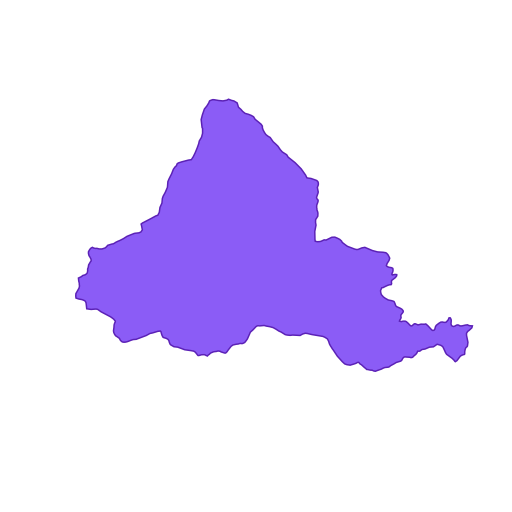 Jangchhubling, Samdrup Jongkhar, Bhutan, rotated 252°
{"feature_id": "84629894B32677413197834", "entity_name": "Jangchhubling", "entity_type": "district", "adm_level": 2, "iso_a3": "BTN", "parent_name": "Bhutan", "parent_adm1": "Samdrup Jongkhar", "projection": "orthographic", "projection_center": [91.465, 26.935], "detail": "fine", "context": "isolated", "style": "filled", "palette": "violet", "viewbox_px": 512, "rotation_deg": 252, "n_neighbors": 0, "source": "geoboundaries", "source_scale": "gbopen_adm2", "svg_char_len": 6111}
<svg xmlns="http://www.w3.org/2000/svg" viewBox="0 0 512 512"><g transform="rotate(252 256 256)"><path d="M121.0,439.1L122.7,440.2L123.6,437.8L124.2,436.9L125.2,435.9L125.6,433.7L125.9,430.2L126.5,428.4L127.7,427.3L128.1,426.7L128.3,425.4L127.9,423.5L127.9,422.2L128.6,421.0L129.9,420.4L131.3,420.5L133.4,421.4L134.8,421.9L136.6,421.8L137.3,421.5L137.5,420.4L136.0,419.2L134.4,416.6L134.4,415.3L135.1,413.7L135.6,413.0L136.0,411.3L135.5,409.1L134.4,406.1L133.4,404.9L131.1,403.4L130.4,402.4L130.5,401.2L131.4,400.3L136.4,398.0L138.0,397.1L138.9,396.5L139.1,394.9L140.2,391.9L140.4,388.8L142.2,386.7L142.6,385.6L141.4,382.7L141.6,381.8L143.0,380.8L144.7,380.1L147.1,378.7L147.9,377.8L148.6,375.8L148.7,373.9L149.1,373.3L149.7,372.3L150.5,372.8L151.7,374.3L152.7,375.0L154.3,375.2L155.4,375.9L156.6,377.8L157.4,378.8L158.6,379.0L160.3,378.3L161.7,377.1L164.5,374.0L165.7,373.5L167.6,373.5L169.7,373.3L170.3,373.0L171.6,371.2L173.3,368.2L175.8,365.9L177.7,364.5L180.5,363.3L182.2,363.3L184.5,363.7L186.9,365.7L186.7,367.2L187.0,368.9L187.4,372.2L187.4,373.9L187.0,375.7L187.7,376.4L189.3,376.7L190.8,377.4L192.4,381.9L193.7,383.7L194.8,384.1L195.5,382.6L195.7,381.4L195.8,379.9L196.3,379.5L197.4,380.0L198.7,381.2L200.3,382.0L201.9,382.3L202.9,381.5L204.3,378.8L205.6,377.4L206.5,377.0L208.4,378.4L210.6,381.1L212.6,382.5L214.2,382.3L216.5,381.9L218.0,381.2L219.0,380.5L220.3,378.0L222.3,372.9L225.2,368.4L230.6,362.2L231.0,359.1L230.7,355.1L231.1,353.6L232.0,352.1L236.9,346.0L238.9,344.5L242.3,342.2L243.7,342.0L245.9,340.8L247.8,338.9L249.6,336.8L250.4,333.9L249.5,327.6L250.3,325.8L249.9,322.5L250.0,321.2L250.6,318.8L251.7,316.9L253.6,317.2L261.2,319.5L266.8,322.6L269.5,323.0L272.1,323.9L274.8,327.1L277.5,328.1L278.8,328.3L281.2,328.2L281.9,328.5L283.5,328.7L285.6,329.5L288.3,331.6L289.2,332.1L290.1,332.3L291.4,331.7L292.4,331.6L293.2,331.8L296.9,334.6L297.9,335.0L302.2,335.5L304.2,337.1L305.0,337.5L306.1,337.8L307.3,337.9L308.9,337.2L309.6,336.4L312.8,332.2L313.9,329.8L314.7,328.5L317.5,328.2L324.9,325.9L332.7,322.0L340.1,317.1L342.8,316.5L346.8,313.2L349.5,312.0L353.6,310.8L355.9,309.6L359.4,307.6L364.3,306.1L366.5,304.2L368.5,302.9L370.9,302.2L373.7,301.7L375.9,301.7L377.6,302.2L379.7,301.6L386.3,297.4L389.2,296.7L391.2,294.9L393.1,292.6L395.0,289.7L397.6,288.0L400.2,286.9L402.9,285.3L407.4,285.4L410.3,282.9L411.5,280.9L413.6,278.3L413.2,276.4L413.7,272.5L415.4,268.6L417.6,264.4L418.1,262.9L418.0,260.7L417.9,259.9L417.5,259.4L416.4,258.6L414.0,255.8L411.7,252.3L406.8,248.6L402.7,246.0L394.8,244.4L393.8,244.6L389.2,243.1L385.8,240.9L382.9,237.6L380.5,236.2L377.0,233.5L372.9,230.0L369.8,227.0L367.6,224.3L368.1,221.3L368.5,214.4L368.5,210.8L368.0,209.4L366.5,208.3L365.7,206.5L364.0,204.2L360.2,201.1L356.3,197.2L354.0,195.2L348.7,193.0L344.6,189.4L341.5,186.1L339.6,184.7L335.4,182.9L331.9,179.7L327.4,177.5L325.1,175.2L325.1,173.2L323.8,166.2L322.5,158.3L321.9,156.6L320.1,156.5L316.0,156.0L314.4,153.9L314.2,151.8L315.0,148.0L315.1,147.1L314.6,139.8L314.5,139.1L313.5,135.4L312.8,131.1L312.7,129.2L312.3,126.4L311.9,125.4L311.7,123.9L311.9,122.8L312.0,118.3L310.9,116.5L310.3,115.0L310.3,111.6L311.2,109.0L312.3,107.3L312.6,106.6L312.8,105.7L313.7,104.1L314.8,103.1L314.5,101.5L313.8,100.2L312.8,99.0L311.7,97.9L310.0,97.4L307.9,97.3L306.0,97.8L303.9,98.1L302.4,97.8L301.6,96.7L299.3,94.1L297.0,92.9L295.6,91.8L294.4,91.5L292.9,90.8L291.9,90.1L291.4,89.3L290.9,87.5L291.0,85.3L290.3,83.4L289.9,80.3L287.1,79.7L284.7,79.5L283.4,79.1L282.2,78.9L281.3,78.5L280.1,77.7L275.9,73.1L273.6,72.2L271.6,71.8L269.9,74.1L268.2,77.2L266.4,79.3L265.4,79.7L264.2,79.9L262.9,79.7L258.1,78.7L256.7,81.5L256.1,82.8L255.3,86.3L254.9,87.7L254.1,89.0L250.8,91.4L243.2,98.8L241.6,100.0L240.0,101.1L237.8,102.0L237.0,101.9L235.7,100.7L234.2,99.7L232.1,98.9L228.8,97.3L227.1,97.1L225.4,97.3L224.2,97.6L223.1,98.1L222.5,98.7L220.1,100.5L219.1,100.8L218.4,100.8L217.3,101.2L216.2,101.8L215.5,102.4L214.9,103.6L214.5,104.9L214.3,106.6L214.3,108.3L214.5,111.1L214.5,113.3L213.8,116.3L214.3,127.1L215.1,131.2L214.8,134.0L214.7,139.4L214.2,141.8L213.5,142.2L211.2,142.1L209.6,142.1L207.6,142.4L206.9,143.0L205.5,145.1L204.0,146.5L202.6,147.0L201.0,146.9L198.9,147.0L197.9,147.4L195.1,149.9L193.5,153.4L188.9,159.2L186.0,165.1L184.8,167.3L183.7,168.3L182.4,168.9L179.4,170.0L179.0,170.8L178.9,173.7L178.2,176.2L177.5,177.2L176.8,177.8L175.9,178.9L176.5,179.8L177.0,181.4L177.7,182.7L178.0,185.9L177.8,187.3L177.5,188.6L177.4,190.6L176.4,192.5L175.6,193.1L173.4,196.2L173.1,197.0L173.3,197.7L173.8,198.7L175.1,200.4L177.8,204.4L178.5,206.6L178.2,210.0L177.8,211.8L177.8,213.3L177.6,214.4L177.1,215.3L176.9,216.3L177.2,218.5L178.3,220.2L179.8,222.2L185.3,227.1L186.7,230.3L188.8,234.1L189.1,235.3L189.1,236.3L188.4,237.9L187.4,242.3L186.2,244.1L184.5,247.3L182.6,250.2L180.1,252.5L177.5,254.6L175.9,256.4L172.2,259.5L171.3,261.0L170.0,263.9L169.5,266.4L166.8,273.4L167.4,276.3L167.3,279.0L166.5,280.8L164.0,284.9L158.9,294.7L157.4,296.4L155.1,298.3L152.5,298.7L149.6,298.7L147.8,299.0L145.9,299.5L144.2,299.9L142.8,300.4L135.6,302.4L128.9,305.4L126.0,307.0L124.6,308.8L123.1,311.8L123.0,316.8L123.1,318.3L123.4,319.3L123.2,320.6L122.8,321.0L121.9,321.3L121.0,321.7L120.1,322.6L116.4,324.7L115.1,325.6L113.9,326.2L113.4,327.4L112.7,328.5L112.0,329.8L111.5,331.2L110.4,332.3L109.5,333.9L109.6,336.0L109.7,340.3L110.1,342.7L110.1,344.2L109.4,347.5L109.5,348.9L110.0,349.7L110.9,354.5L111.3,356.0L111.4,356.7L111.3,361.2L111.8,362.4L113.2,363.8L113.8,364.8L114.1,365.6L114.0,366.6L113.7,367.2L112.2,370.9L111.5,371.9L111.3,372.8L111.3,373.5L111.5,374.1L112.3,375.6L113.0,377.5L114.1,379.1L115.5,380.3L115.0,381.9L115.0,382.9L115.7,384.6L115.7,385.5L115.3,387.9L115.7,392.8L114.8,396.6L115.2,398.1L116.1,401.0L114.0,404.1L112.8,405.1L111.6,405.7L107.5,406.2L105.5,406.4L103.6,406.9L98.1,410.9L95.6,412.2L94.5,412.5L93.9,412.9L94.4,414.8L97.5,419.2L97.9,420.5L98.1,422.1L98.0,423.9L99.0,424.5L100.2,424.8L102.3,425.9L103.4,426.7L104.0,427.3L104.6,428.8L105.1,429.3L108.4,430.9L115.4,431.7L117.4,432.3L118.4,433.4L119.0,434.4L119.3,435.4L120.2,437.4L121.0,439.1Z" fill="#8b5cf6" stroke="#5b21b6" stroke-width="1.5"/></g></svg>